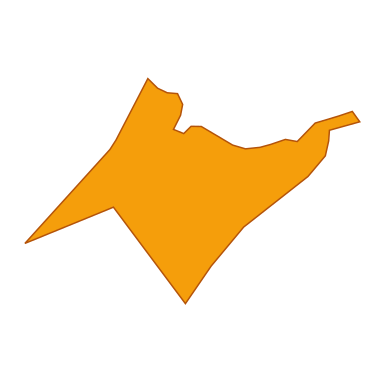 Lucrécia, Rio Grande do Norte, Brazil (Natural Earth projection), rotated 272°
{"feature_id": "56859067B24912804909382", "entity_name": "Lucrécia", "entity_type": "district", "adm_level": 2, "iso_a3": "BRA", "parent_name": "Brazil", "parent_adm1": "Rio Grande do Norte", "projection": "natural_earth1", "projection_center": [-37.811, -6.105], "detail": "fine", "context": "isolated", "style": "filled", "palette": "amber", "viewbox_px": 384, "rotation_deg": 272, "n_neighbors": 0, "source": "geoboundaries", "source_scale": "gbopen_adm2", "svg_char_len": 565}
<svg xmlns="http://www.w3.org/2000/svg" viewBox="0 0 384 384"><g transform="rotate(272 192 192)"><path d="M303.8,143.9L241.2,114.2L231.6,108.5L134.8,26.8L174.1,114.0L147.9,135.0L80.2,189.3L118.6,213.7L158.8,244.9L211.6,307.4L232.8,324.0L247.8,326.8L258.5,327.2L268.0,357.2L278.1,349.4L273.1,336.1L265.2,312.7L246.1,295.4L247.8,283.5L242.3,269.0L239.0,258.4L237.0,243.9L240.3,231.0L257.8,199.0L257.6,188.8L250.1,181.7L253.9,171.3L268.3,177.9L279.2,179.6L289.8,174.1L290.3,163.7L294.5,154.0L303.8,143.9Z" fill="#f59e0b" stroke="#b45309" stroke-width="1.5"/></g></svg>